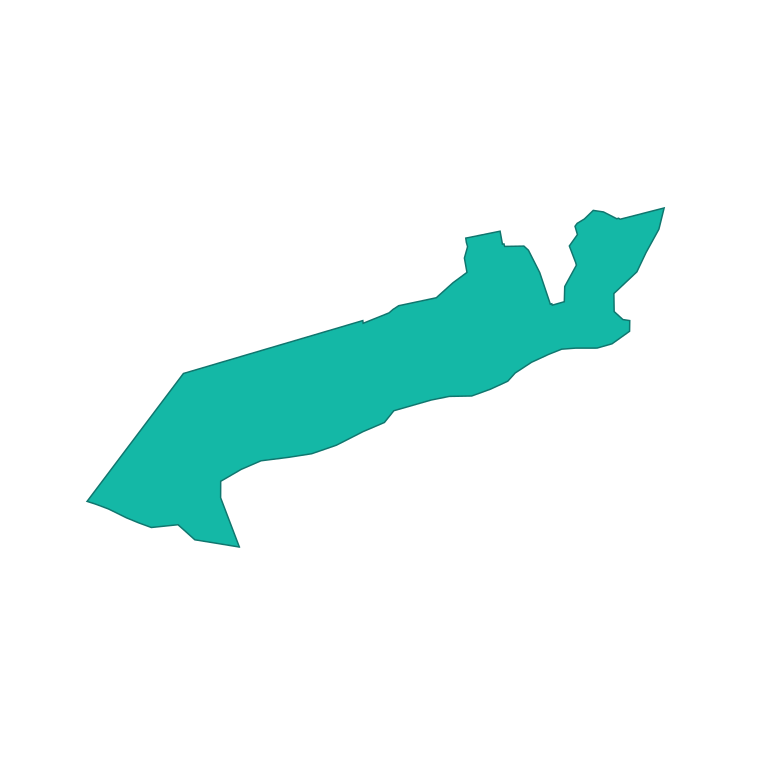 Serakhs, Ahal, Turkmenistan (Equal Earth projection), rotated 254°
{"feature_id": "10190150B96789976776616", "entity_name": "Serakhs", "entity_type": "district", "adm_level": 2, "iso_a3": "TKM", "parent_name": "Turkmenistan", "parent_adm1": "Ahal", "projection": "equal_earth", "projection_center": [61.378, 36.209], "detail": "fine", "context": "isolated", "style": "filled", "palette": "teal", "viewbox_px": 768, "rotation_deg": 254, "n_neighbors": 0, "source": "geoboundaries", "source_scale": "gbopen_adm2", "svg_char_len": 1163}
<svg xmlns="http://www.w3.org/2000/svg" viewBox="0 0 768 768"><g transform="rotate(254 384 384)"><path d="M266.4,200.1L319.7,195.6L335.5,200.2L341.3,223.2L344.1,244.6L339.8,272.2L336.9,295.3L338.3,321.4L344.0,350.7L346.9,373.8L355.6,386.1L355.6,424.8L354.1,443.3L348.3,465.0L349.7,485.1L352.6,503.8L358.4,513.1L364.2,531.7L367.1,550.4L368.5,564.4L365.6,578.4L359.8,598.7L359.8,614.3L367.0,634.6L377.2,637.7L380.1,631.4L390.2,625.2L407.6,629.9L422.1,658.0L438.1,672.1L457.0,690.9L476.0,701.8L477.3,656.4L478.7,655.2L478.7,653.3L488.9,642.4L493.2,633.0L487.4,622.1L485.2,614.0L483.0,611.1L474.3,611.1L465.6,600.2L446.8,601.8L446.6,601.6L445.3,601.8L427.9,584.6L413.4,580.0L413.4,567.5L414.9,567.4L414.9,565.9L448.2,564.4L472.8,559.7L478.0,556.5L483.0,537.9L485.6,537.9L485.8,536.4L498.9,537.7L501.7,502.8L497.4,502.2L493.1,502.2L491.8,501.5L491.6,501.4L491.2,501.1L482.9,496.0L468.4,494.5L462.4,478.4L452.5,458.0L455.2,419.7L453.2,413.2L451.0,408.5L448.1,380.7L450.8,381.1L449.4,194.1L353.0,66.2L348.4,73.1L339.9,84.6L326.3,99.6L318.3,109.7L310.2,120.8L305.5,147.2L286.4,159.2L267.1,200.1L266.4,200.1Z" fill="#14b8a6" stroke="#0f766e" stroke-width="1.5"/></g></svg>